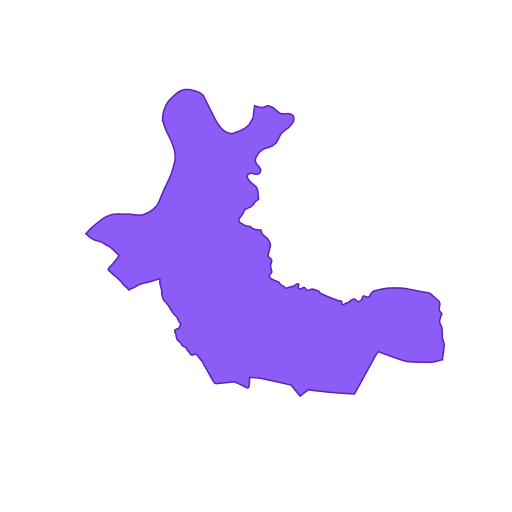 Quan 12, Hồ Chí Minh city, Vietnam, rotated 241°
{"feature_id": "81297802B78652503258302", "entity_name": "Quan 12", "entity_type": "district", "adm_level": 2, "iso_a3": "VNM", "parent_name": "Vietnam", "parent_adm1": "Hồ Chí Minh city", "projection": "mercator", "projection_center": [106.659, 10.861], "detail": "fine", "context": "isolated", "style": "filled", "palette": "violet", "viewbox_px": 512, "rotation_deg": 241, "n_neighbors": 0, "source": "geoboundaries", "source_scale": "gbopen_adm2", "svg_char_len": 5430}
<svg xmlns="http://www.w3.org/2000/svg" viewBox="0 0 512 512"><g transform="rotate(241 256 256)"><path d="M115.4,390.7L117.8,390.1L119.2,390.0L120.2,390.1L121.2,390.6L123.0,392.2L124.8,393.5L125.6,393.9L126.8,394.0L127.8,394.1L129.8,393.4L139.1,390.1L141.6,387.2L144.9,383.1L150.3,376.7L152.3,374.3L152.6,373.9L152.8,373.7L155.2,371.0L155.7,370.2L157.8,367.1L161.4,360.9L164.2,355.2L165.9,350.7L167.1,346.5L168.2,342.5L168.3,341.6L168.0,340.3L167.5,338.3L166.3,336.7L165.8,336.0L165.8,335.5L165.7,334.8L166.0,333.7L166.6,332.8L168.6,331.2L168.9,330.8L168.9,330.1L168.4,329.2L167.7,328.4L166.7,327.4L166.4,326.7L166.3,325.9L166.2,324.5L166.3,323.6L166.3,323.3L166.6,322.9L168.2,322.2L170.3,321.5L170.9,320.9L171.2,319.6L171.2,317.3L170.6,314.9L170.7,314.1L171.1,312.2L171.1,309.7L171.2,308.7L171.4,308.4L171.7,307.9L172.2,307.7L173.0,308.1L174.4,308.8L174.9,308.8L175.5,308.4L177.5,305.8L179.7,304.2L182.0,302.1L186.1,298.8L191.6,294.7L193.0,294.0L194.8,293.8L195.4,293.5L196.6,292.3L199.1,290.1L199.9,289.0L200.3,288.0L200.3,286.2L200.5,285.1L201.1,284.5L201.3,284.3L202.1,283.8L204.1,283.4L205.0,283.0L205.5,282.2L205.5,281.3L205.4,280.1L205.4,279.5L205.8,278.6L206.6,277.8L207.6,277.6L208.5,278.0L209.6,279.1L210.2,279.6L210.8,279.6L211.4,279.1L211.7,278.3L211.5,275.7L211.5,274.1L211.9,271.9L212.6,270.3L212.9,267.7L213.4,266.7L214.2,266.0L216.3,265.3L217.8,264.5L218.7,263.7L219.7,263.5L221.0,263.5L222.1,263.2L222.9,262.8L225.2,260.6L229.7,257.8L230.8,257.6L232.3,258.2L233.2,260.0L234.1,261.8L235.3,262.5L238.3,263.1L240.6,264.1L244.0,267.4L245.5,267.9L249.0,266.6L250.7,266.9L252.8,268.7L258.0,273.7L260.5,274.6L265.3,274.6L269.6,273.1L272.0,272.2L273.3,272.2L276.3,272.9L277.3,271.2L279.8,267.9L281.2,266.8L282.5,265.9L284.8,265.2L286.7,262.5L287.4,261.5L290.7,259.6L292.5,258.4L294.0,258.0L295.3,258.2L296.1,258.7L297.1,260.0L298.9,264.1L300.3,266.3L301.4,267.6L302.0,269.8L301.5,275.5L301.8,277.0L302.5,279.2L303.7,280.9L303.9,282.0L304.4,285.8L308.7,287.8L313.5,289.6L316.8,289.6L319.1,288.7L323.3,287.0L326.5,286.5L328.7,286.5L330.2,287.2L331.2,288.7L331.2,290.2L330.9,291.8L328.1,294.8L326.9,296.8L326.5,297.9L326.8,299.4L327.8,301.1L329.2,301.9L331.4,302.1L337.1,301.1L339.2,301.5L340.8,302.4L340.9,302.5L342.6,304.2L344.8,308.3L345.0,309.0L345.4,310.6L345.9,314.4L345.5,316.8L344.7,320.0L344.4,323.7L345.1,328.4L346.8,331.2L349.7,335.4L350.7,337.2L351.2,339.0L352.0,342.6L352.4,346.5L353.3,349.3L353.7,350.4L354.4,352.1L355.4,353.8L356.2,354.7L357.3,355.5L358.5,356.1L359.6,356.4L360.4,356.5L361.3,356.3L362.1,355.9L363.1,355.3L364.3,354.0L365.2,352.9L365.9,351.2L368.0,347.1L370.1,345.7L373.5,344.4L377.1,343.1L379.1,341.8L380.6,340.6L381.5,339.5L382.1,338.0L382.2,335.9L382.4,334.9L382.8,333.6L383.7,332.1L385.9,329.7L388.1,327.6L386.3,326.3L378.3,320.5L375.7,316.1L374.0,313.3L373.2,308.7L373.2,303.2L374.4,295.2L375.1,293.5L377.6,290.8L380.8,288.9L383.7,287.8L387.8,287.0L392.9,286.6L396.1,286.6L421.4,287.7L422.6,287.6L424.8,286.6L427.0,285.3L429.6,283.1L433.4,279.2L436.2,274.4L436.8,271.5L437.1,269.6L437.0,266.9L435.9,261.4L433.9,254.5L433.8,254.4L432.1,251.1L427.8,245.8L425.3,243.5L422.0,241.3L419.6,239.7L419.3,240.2L415.2,239.0L409.1,238.2L397.6,237.6L388.3,236.1L383.0,234.1L378.7,231.4L374.0,226.9L370.6,223.5L369.7,222.6L365.4,217.2L359.5,208.8L350.2,197.0L348.1,193.7L346.8,188.9L346.4,186.3L346.3,183.6L346.5,180.1L346.9,176.9L347.8,174.7L350.2,170.8L353.8,165.9L354.2,165.4L354.9,163.9L360.1,154.8L362.0,150.5L362.9,145.4L363.0,142.3L362.8,139.6L362.3,136.2L361.2,129.5L359.6,122.8L358.2,118.9L357.9,117.9L351.8,120.2L348.8,122.1L344.7,126.1L342.8,127.9L336.9,131.1L335.7,132.1L330.7,134.2L322.8,136.5L320.2,130.9L318.3,126.1L317.7,123.9L316.3,120.6L316.1,120.2L315.4,120.2L314.8,120.2L313.6,120.6L309.3,122.0L305.2,123.7L301.6,124.8L299.1,125.6L297.4,126.0L295.3,126.2L293.9,126.5L292.0,127.3L290.0,128.0L288.8,128.0L288.7,128.0L288.1,128.0L287.5,134.4L287.7,138.6L287.4,141.4L286.4,145.4L285.1,150.1L284.3,153.5L284.0,155.5L282.8,160.9L280.9,160.0L278.3,158.5L273.9,157.5L270.8,156.5L269.0,155.3L264.9,154.2L262.4,153.9L258.3,154.8L254.6,155.3L248.2,155.6L244.9,156.1L241.0,157.1L236.8,156.9L234.7,156.9L233.1,157.4L231.2,154.9L230.2,153.6L230.6,151.7L230.6,149.2L229.3,148.3L226.3,148.0L223.9,147.1L221.4,146.5L220.2,146.7L218.4,147.3L217.0,147.9L215.1,147.9L213.2,148.1L212.7,148.4L212.0,148.9L211.2,149.7L209.6,150.3L207.6,150.3L206.0,150.4L205.0,150.9L202.5,151.0L201.3,151.1L200.3,152.2L199.9,153.4L199.5,155.9L198.4,156.3L195.5,156.8L191.8,157.4L189.9,157.8L186.6,157.8L169.3,157.8L165.5,158.0L164.7,158.4L163.9,159.0L163.3,160.0L161.9,163.3L156.8,175.3L155.0,177.2L151.4,179.9L149.5,181.2L144.8,184.3L144.6,185.1L144.6,186.1L147.8,188.4L152.9,191.7L148.9,197.8L148.3,198.7L146.1,201.6L143.5,204.5L143.1,205.0L132.7,216.8L132.0,217.5L128.3,221.7L126.0,224.2L123.3,224.6L120.0,225.2L114.3,226.2L112.8,226.5L112.3,226.7L111.9,227.0L112.2,227.6L112.3,228.1L112.5,228.9L112.7,230.0L113.0,232.6L113.2,234.3L113.5,235.8L113.7,236.6L110.2,241.5L108.1,244.4L105.8,247.7L102.7,252.0L100.4,255.4L93.8,265.4L89.0,273.0L87.6,275.2L88.8,277.2L100.8,296.2L111.8,313.7L113.1,316.5L98.2,329.4L92.8,334.4L90.4,337.0L86.8,342.5L80.1,354.0L78.3,357.4L76.8,361.1L75.3,367.3L75.0,368.8L74.9,368.9L75.7,369.3L81.7,373.9L85.7,376.7L88.2,378.0L91.4,378.8L93.8,379.1L97.2,381.1L101.6,383.1L103.6,383.9L107.8,384.3L109.8,384.7L113.0,387.7L115.4,390.7Z" fill="#8b5cf6" stroke="#5b21b6" stroke-width="1.5"/></g></svg>